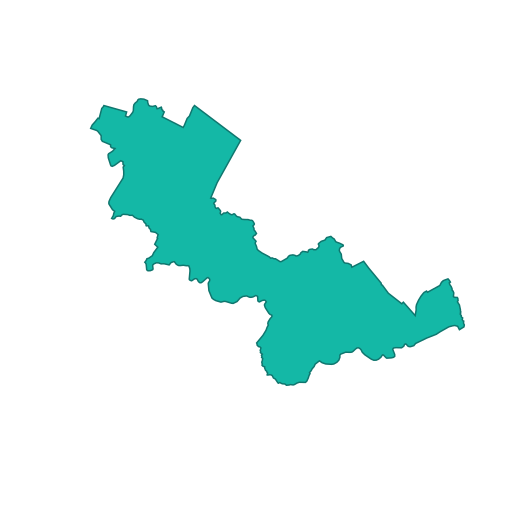 the district of Si Nakhon, Sukhothai, Thailand, rotated 125°
{"feature_id": "78962969B98677957537558", "entity_name": "Si Nakhon", "entity_type": "district", "adm_level": 2, "iso_a3": "THA", "parent_name": "Thailand", "parent_adm1": "Sukhothai", "projection": "mercator", "projection_center": [99.969, 17.386], "detail": "fine", "context": "isolated", "style": "filled", "palette": "teal", "viewbox_px": 512, "rotation_deg": 125, "n_neighbors": 0, "source": "geoboundaries", "source_scale": "gbopen_adm2", "svg_char_len": 6074}
<svg xmlns="http://www.w3.org/2000/svg" viewBox="0 0 512 512"><g transform="rotate(125 256 256)"><path d="M332.6,197.0L332.8,194.5L334.2,194.6L334.7,193.6L335.9,193.2L336.0,191.8L338.6,190.6L339.4,190.5L340.3,189.8L340.7,188.9L342.0,188.5L342.3,187.1L341.8,185.3L342.6,184.9L344.1,182.7L344.3,181.1L345.0,180.2L345.1,179.4L347.0,178.7L346.8,178.1L345.5,176.8L344.8,175.6L344.6,174.2L345.9,171.8L345.7,169.6L347.4,165.1L347.2,164.5L346.2,164.1L345.8,163.5L345.9,162.4L345.5,161.0L344.3,159.0L344.4,156.9L342.6,154.8L341.6,154.1L340.3,151.6L339.3,150.8L336.5,149.5L334.6,148.1L331.2,143.0L329.5,142.6L326.0,143.2L323.5,144.0L321.3,144.3L320.8,145.3L318.4,145.0L316.2,145.3L313.3,145.0L310.6,145.5L305.5,143.9L305.5,140.6L304.4,136.9L301.4,132.0L299.8,130.3L296.7,128.8L293.8,128.4L290.8,129.2L289.2,130.4L287.9,130.4L283.4,127.4L280.9,123.6L279.7,122.3L278.4,121.8L275.0,121.1L273.4,120.5L272.4,119.4L272.2,117.9L272.6,116.0L273.9,113.7L274.5,110.3L274.4,102.4L273.8,99.7L272.4,97.8L270.2,96.4L267.3,95.6L265.0,95.7L264.2,95.4L264.0,94.8L264.7,91.4L264.7,90.3L261.8,86.7L260.1,85.2L258.6,84.8L257.1,85.9L254.0,90.5L253.1,90.6L252.3,90.4L250.8,88.8L247.7,84.1L245.2,83.2L243.3,83.6L242.3,83.1L242.1,82.3L242.7,79.9L242.4,78.5L241.5,77.3L238.9,75.3L236.1,75.1L225.3,69.1L216.7,63.4L212.4,61.7L203.4,57.4L200.3,54.8L198.9,53.3L197.9,50.5L199.7,47.1L194.8,45.0L193.0,45.8L192.0,47.5L190.2,48.5L190.4,49.1L189.8,50.6L188.2,51.2L188.2,52.3L187.8,53.2L187.1,53.6L186.4,55.5L185.4,55.5L184.8,56.3L184.3,56.2L183.7,57.1L183.0,57.5L179.5,61.2L178.0,64.7L177.5,64.9L176.6,64.9L174.9,66.4L174.5,67.4L175.7,69.2L176.1,70.4L176.0,71.0L172.8,72.8L171.7,74.5L171.5,75.7L170.2,76.8L169.1,78.6L168.2,81.0L167.1,82.3L165.9,81.8L165.1,83.6L164.6,85.6L167.3,87.5L169.0,88.6L169.8,88.5L170.9,89.0L174.7,88.5L187.3,94.7L186.9,96.2L189.4,97.4L190.9,97.6L194.4,97.8L198.9,97.5L203.8,96.6L206.0,95.6L208.3,93.9L213.5,91.4L209.3,108.8L211.5,109.2L210.6,126.2L207.4,135.8L207.6,136.8L206.4,138.0L201.3,156.6L198.6,164.8L210.2,171.0L208.7,173.0L209.2,176.3L210.7,179.0L210.8,180.2L208.9,184.3L205.6,187.2L204.3,190.1L203.6,191.0L202.1,191.7L201.2,191.8L199.9,191.5L197.8,190.3L197.1,190.7L197.0,191.4L197.6,195.0L198.5,198.2L198.4,199.2L197.2,201.7L197.3,203.6L197.0,205.9L200.4,208.7L203.5,208.7L206.6,211.0L210.0,211.9L210.5,211.8L211.5,210.1L213.1,209.7L216.5,210.5L217.7,212.3L217.9,213.8L219.7,215.7L221.1,216.3L222.8,215.7L223.4,215.9L223.8,217.3L225.4,220.4L227.7,221.1L229.2,220.9L231.4,221.7L232.5,222.6L233.1,223.4L233.1,224.4L233.9,226.4L236.0,228.6L237.5,229.2L239.9,229.2L245.9,232.0L246.8,232.9L247.1,238.5L247.9,239.6L248.3,241.7L249.4,242.8L249.1,244.4L249.3,246.6L250.1,252.8L250.1,257.2L249.8,258.9L247.8,261.2L246.2,263.8L245.6,264.2L243.9,264.4L242.8,269.1L241.7,269.5L240.0,269.2L239.5,268.7L237.3,268.5L236.2,270.9L235.7,272.7L234.5,273.5L233.4,275.5L232.9,275.8L231.5,275.5L230.7,275.7L229.8,277.2L229.1,279.1L229.2,280.0L230.0,281.2L230.7,283.4L232.8,286.5L234.1,288.8L233.5,291.4L234.4,293.6L234.6,294.8L233.8,297.6L234.2,298.4L235.5,299.0L236.4,300.0L236.6,302.9L236.4,304.7L238.0,305.3L239.3,307.1L241.6,307.6L242.2,308.2L241.5,310.0L239.9,310.4L239.3,311.1L238.3,314.5L238.6,315.0L239.7,315.7L239.8,316.4L239.1,318.0L237.9,318.8L237.3,320.6L236.2,320.9L234.3,320.4L233.2,320.9L232.9,321.3L233.1,324.2L234.4,325.7L234.6,326.3L218.2,329.9L170.1,334.9L168.0,392.7L170.8,392.8L179.5,390.8L182.8,391.3L190.3,389.6L192.5,389.4L195.8,412.7L190.6,413.8L190.6,415.6L190.1,415.9L190.0,417.4L189.0,418.0L188.4,419.0L191.5,420.9L192.1,421.5L190.8,423.3L190.6,424.6L192.8,426.5L194.0,428.8L194.1,430.1L193.8,430.8L192.6,432.5L191.0,433.9L191.8,437.8L193.4,440.6L194.8,442.0L195.9,442.3L197.6,442.0L199.9,442.7L202.1,442.8L203.9,442.0L207.4,439.8L208.9,439.4L213.5,439.6L215.3,440.2L215.8,441.0L216.2,443.2L212.2,444.6L220.0,466.9L221.4,466.7L223.6,467.0L233.5,463.3L233.7,464.5L236.3,464.7L237.5,464.7L242.7,465.3L246.3,464.6L244.6,458.7L244.5,457.4L246.2,451.9L249.3,449.7L250.2,447.6L248.3,438.9L249.7,437.9L250.1,436.9L250.0,435.9L248.8,433.2L252.4,433.6L256.8,435.4L258.0,435.2L260.3,433.3L264.8,427.4L265.3,426.5L265.0,425.2L262.9,423.9L255.5,421.4L255.1,419.1L257.3,417.4L257.4,415.7L259.4,415.8L262.3,413.1L265.4,410.9L268.4,409.6L291.5,408.5L295.6,407.7L297.1,406.9L297.8,406.2L300.4,400.0L300.4,397.4L302.6,397.0L304.6,396.1L308.0,395.8L307.8,394.6L307.1,393.7L306.2,393.3L303.9,393.2L301.9,391.2L301.1,389.7L298.9,389.3L298.0,388.7L295.6,384.7L295.2,382.9L293.5,380.5L293.9,377.9L293.4,374.4L292.6,372.3L291.6,371.1L291.3,368.8L292.4,367.2L292.9,364.5L294.2,363.4L294.1,362.9L293.1,361.8L293.0,361.3L294.4,359.6L294.8,357.6L295.9,356.6L296.2,356.0L294.3,351.9L294.6,348.5L297.9,347.4L298.0,346.7L304.5,345.7L305.1,341.5L311.9,341.7L315.2,341.1L319.3,342.6L320.8,343.8L322.7,343.4L324.9,343.5L325.1,342.4L325.8,341.2L329.9,337.7L330.2,336.6L329.9,335.8L328.6,334.1L326.6,332.8L325.7,332.9L323.2,335.1L322.4,335.4L320.8,335.0L318.7,333.7L317.5,331.8L316.9,329.3L315.1,326.9L313.2,322.2L312.9,321.9L311.0,322.0L309.8,321.6L308.1,320.4L307.5,319.6L308.5,316.5L308.3,314.2L307.5,312.8L305.3,310.3L304.0,307.6L302.9,306.1L302.7,305.2L304.3,303.0L306.1,301.5L313.3,297.4L313.7,296.7L313.5,295.2L313.3,294.6L312.8,294.3L309.8,293.2L308.8,291.9L308.8,290.7L309.8,288.9L310.1,287.7L310.1,286.7L309.5,285.7L307.9,285.0L302.1,283.6L301.2,283.0L301.2,281.9L301.5,280.8L302.2,280.1L303.2,279.7L304.9,279.7L306.0,279.3L311.4,274.7L315.7,268.0L315.9,266.0L315.6,263.3L313.9,258.3L311.4,256.1L310.6,254.7L308.7,248.9L307.9,247.5L304.2,245.4L299.5,244.9L296.6,243.5L294.1,240.8L293.5,237.8L292.8,236.5L291.4,235.1L288.5,233.5L288.2,232.4L288.3,231.4L291.7,228.7L291.9,227.8L291.6,226.8L289.0,225.5L287.5,224.1L287.2,223.6L287.1,222.7L287.7,221.3L290.3,221.3L291.3,221.0L293.0,218.8L295.5,212.7L295.8,210.9L295.4,209.2L296.1,208.4L296.9,208.2L299.5,208.5L303.2,208.2L304.8,207.4L305.5,206.3L308.1,206.0L311.0,205.2L317.0,204.8L326.9,205.6L327.4,204.7L328.3,204.1L328.8,202.0L328.2,200.8L328.5,199.2L330.9,198.4L331.6,197.4L332.6,197.0Z" fill="#14b8a6" stroke="#0f766e" stroke-width="1.5"/></g></svg>